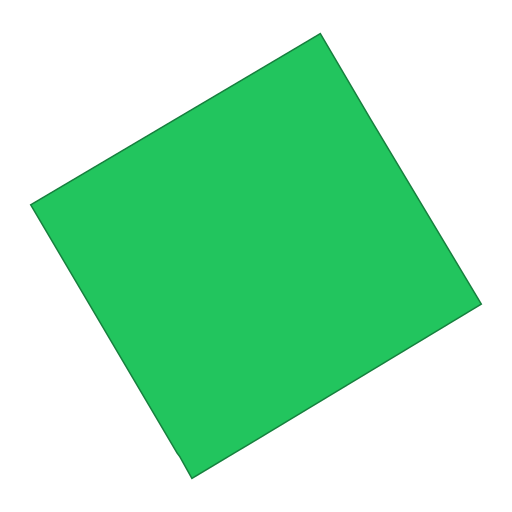 Coryell, Texas, United States of America
{"feature_id": "52423323B99652996528900", "entity_name": "Coryell", "entity_type": "district", "adm_level": 2, "iso_a3": "USA", "parent_name": "United States of America", "parent_adm1": "Texas", "projection": "orthographic", "projection_center": [-97.842, 31.39], "detail": "fine", "context": "isolated", "style": "filled", "palette": "green", "viewbox_px": 512, "rotation_deg": 0, "n_neighbors": 0, "source": "geoboundaries", "source_scale": "gbopen_adm2", "svg_char_len": 260}
<svg xmlns="http://www.w3.org/2000/svg" viewBox="0 0 512 512"><path d="M30.7,204.8L177.2,453.2L179.7,456.5L191.9,478.4L227.9,456.8L252.9,441.9L481.3,304.1L370.4,118.9L320.3,33.6L275.1,60.4L30.7,204.8Z" fill="#22c55e" stroke="#15803d" stroke-width="1.5"/></svg>